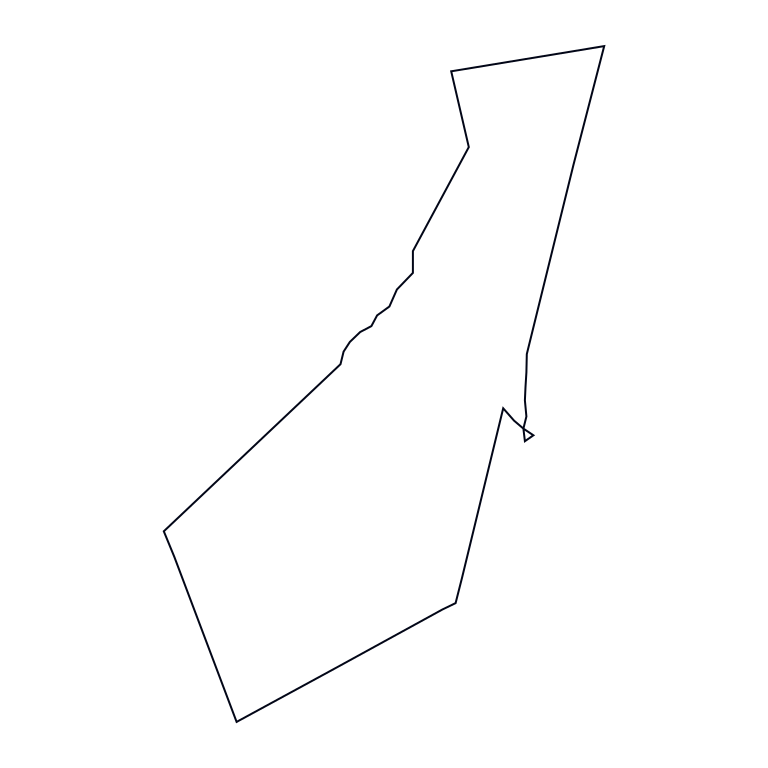 outline of Paulo Jacinto, Alagoas, Brazil
{"feature_id": "56859067B5529182098966", "entity_name": "Paulo Jacinto", "entity_type": "district", "adm_level": 2, "iso_a3": "BRA", "parent_name": "Brazil", "parent_adm1": "Alagoas", "projection": "equal_earth", "projection_center": [-36.395, -9.37], "detail": "fine", "context": "isolated", "style": "outline", "palette": "ink", "viewbox_px": 768, "rotation_deg": 0, "n_neighbors": 0, "source": "geoboundaries", "source_scale": "gbopen_adm2", "svg_char_len": 534}
<svg xmlns="http://www.w3.org/2000/svg" viewBox="0 0 768 768"><path d="M455.6,603.1L462.0,577.9L503.2,408.3L514.1,420.7L523.4,428.6L526.4,416.5L524.9,400.4L525.5,387.0L526.4,372.4L526.8,354.1L573.5,164.7L604.2,46.1L451.2,71.3L468.8,147.1L412.9,251.1L412.9,272.9L396.9,289.5L389.4,306.5L377.1,315.4L371.4,326.1L360.2,332.0L349.9,341.9L343.6,351.6L340.5,364.2L163.8,531.3L174.3,556.8L236.6,721.9L334.8,668.5L442.4,609.5L455.6,603.1ZM523.4,428.6L524.9,441.2L533.4,435.3L523.4,428.6Z" fill="none" stroke="#020617" stroke-width="2"/></svg>